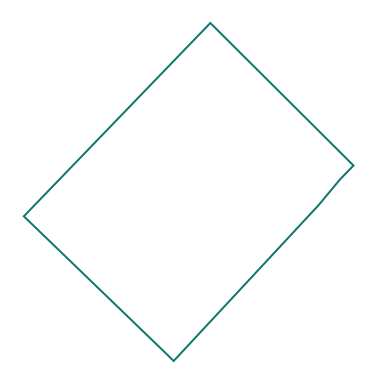 the district of Upton, Texas, United States of America, rotated 224°
{"feature_id": "52423323B39686210449423", "entity_name": "Upton", "entity_type": "district", "adm_level": 2, "iso_a3": "USA", "parent_name": "United States of America", "parent_adm1": "Texas", "projection": "natural_earth1", "projection_center": [-102.169, 31.366], "detail": "fine", "context": "isolated", "style": "outline", "palette": "teal", "viewbox_px": 384, "rotation_deg": 224, "n_neighbors": 0, "source": "geoboundaries", "source_scale": "gbopen_adm2", "svg_char_len": 252}
<svg xmlns="http://www.w3.org/2000/svg" viewBox="0 0 384 384"><g transform="rotate(224 192 192)"><path d="M99.6,57.8L87.8,57.7L91.8,270.7L94.3,304.0L94.2,323.2L296.2,326.3L296.1,57.7L99.6,57.8Z" fill="none" stroke="#0f766e" stroke-width="2"/></g></svg>